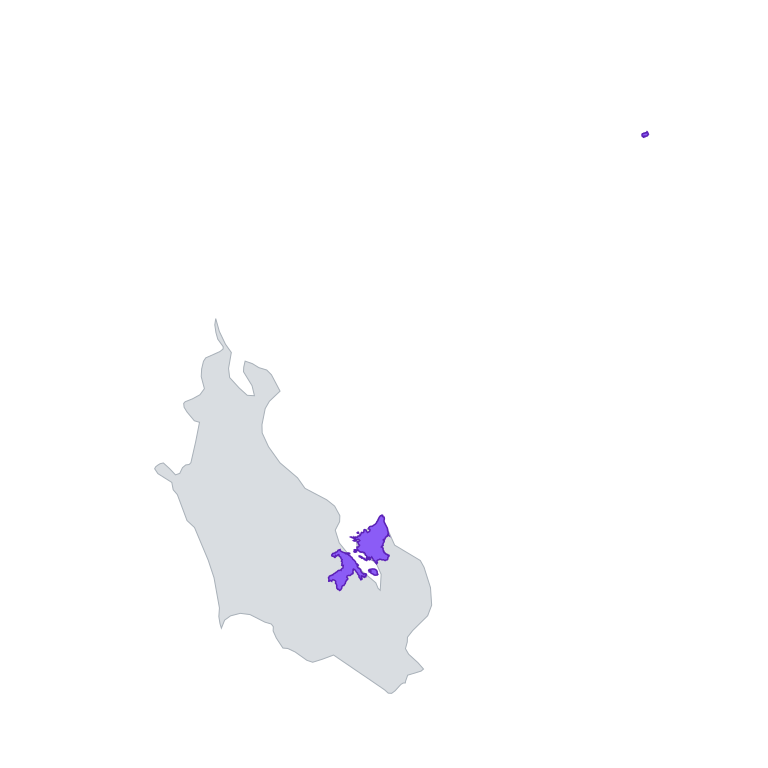 Puntarenas, Puntarenas, Costa Rica shown in context, rotated 192°
{"feature_id": "36466004B9758970649099", "entity_name": "Puntarenas", "entity_type": "district", "adm_level": 2, "iso_a3": "CRI", "parent_name": "Costa Rica", "parent_adm1": "Puntarenas", "projection": "natural_earth1", "projection_center": [-85.046, 7.918], "detail": "fine", "context": "in_parent", "style": "filled", "palette": "violet", "viewbox_px": 768, "rotation_deg": 192, "n_neighbors": 0, "source": "geoboundaries", "source_scale": "gbopen_adm2", "svg_char_len": 7827}
<svg xmlns="http://www.w3.org/2000/svg" viewBox="0 0 768 768"><g transform="rotate(192 384 384)"><path d="M590.7,253.4L590.2,255.4L588.6,257.4L586.4,259.5L583.4,260.9L576.2,256.7L569.1,251.8L565.2,254.1L563.7,260.3L561.1,263.6L557.8,264.8L556.5,266.9L556.2,288.2L556.5,308.2L561.9,308.6L570.8,315.6L574.7,319.7L575.9,323.4L574.8,325.3L568.2,329.7L561.8,335.2L558.7,342.1L564.3,353.2L565.5,360.8L565.3,368.7L563.8,372.5L551.4,381.5L548.7,384.7L549.0,387.0L555.9,393.3L559.1,399.4L561.8,406.7L562.2,413.0L556.0,401.2L547.4,390.0L539.9,383.1L539.3,366.9L536.3,358.2L525.0,350.1L515.4,344.5L508.3,345.6L512.7,354.9L524.0,366.8L524.7,371.4L524.6,377.5L516.8,376.5L509.9,374.0L501.6,373.3L496.0,369.6L484.2,355.4L492.5,343.3L495.1,335.3L494.9,318.8L493.0,310.8L483.9,298.6L469.4,285.3L449.1,274.3L439.6,265.5L415.9,258.8L406.9,254.3L399.8,246.0L398.8,240.1L401.3,230.9L394.7,219.2L366.5,196.3L350.7,187.9L347.3,182.9L344.8,181.4L347.2,197.2L354.1,206.7L372.1,215.6L377.1,220.8L379.1,227.5L368.6,240.4L363.3,243.7L361.7,250.8L358.3,252.9L354.7,248.8L340.1,228.6L311.8,218.9L306.7,213.0L296.2,194.5L291.4,177.6L293.1,166.4L304.7,148.8L308.4,141.2L307.6,136.5L308.0,129.6L303.7,124.8L292.9,118.5L286.1,113.4L288.0,110.9L300.3,104.1L301.1,98.0L301.0,96.0L303.0,95.5L304.8,93.9L305.9,92.2L309.3,86.3L312.2,83.0L315.6,82.5L319.7,84.9L335.2,91.3L352.4,98.3L377.0,108.4L387.2,101.9L395.9,97.0L402.0,97.7L415.2,103.4L423.2,105.3L428.0,104.7L436.5,113.1L441.1,119.4L441.8,123.6L444.4,125.8L451.0,126.3L467.1,130.6L476.9,129.8L485.9,125.3L490.8,119.9L492.3,111.3L494.6,115.5L497.2,122.2L498.4,130.7L510.0,159.2L519.3,175.1L539.5,204.2L548.3,209.5L563.1,232.8L568.2,236.7L571.1,243.6L586.5,249.3L590.7,253.4Z" fill="#d9dde1" stroke="#a8b0b8" stroke-width="1"/><path d="M358.3,210.5L357.9,209.4L356.5,209.3L355.3,207.7L353.9,206.6L353.6,207.3L353.3,207.6L353.4,208.2L354.1,209.0L354.1,209.9L353.4,210.6L352.3,211.1L351.9,211.7L350.3,211.8L349.4,211.5L347.9,212.0L346.2,211.5L345.6,212.2L344.4,212.6L343.9,213.6L344.2,215.3L343.5,216.2L343.3,217.1L343.5,217.4L344.0,217.2L344.7,217.4L344.6,217.6L345.0,217.6L345.1,217.8L345.5,217.7L346.0,218.2L346.8,218.0L347.3,218.5L347.6,218.5L347.9,219.0L348.9,219.1L349.2,220.3L349.7,220.3L349.7,220.7L350.2,221.3L350.8,222.7L350.7,223.2L352.2,223.9L352.3,224.1L352.7,224.1L352.6,224.6L351.9,225.0L352.0,225.7L351.4,225.9L351.7,226.3L351.6,227.3L351.8,227.9L351.4,228.7L351.2,229.5L351.0,229.8L351.3,230.4L351.2,231.2L351.6,231.5L352.1,231.1L352.3,231.7L351.5,232.2L350.9,232.4L350.6,233.7L350.7,234.2L350.2,234.6L350.1,235.2L349.5,235.5L349.4,236.0L349.0,236.0L349.0,237.4L347.6,236.8L348.3,237.8L349.3,240.2L350.1,241.5L350.2,242.3L350.7,243.6L354.6,248.3L355.3,249.3L355.6,250.3L355.6,252.2L356.2,253.8L357.7,254.0L358.0,254.3L358.0,254.7L357.8,254.9L357.9,255.2L358.7,255.4L358.9,255.3L359.1,254.7L360.0,254.5L361.0,252.5L361.7,248.9L362.4,247.6L362.4,246.8L363.4,245.0L365.0,243.5L365.8,242.4L367.2,242.1L368.3,241.5L369.1,240.0L369.2,239.5L368.8,239.0L367.6,238.8L367.3,238.4L367.5,236.8L369.2,235.3L370.5,236.3L370.9,237.1L372.3,237.6L372.9,237.5L373.2,237.2L373.2,236.6L373.0,235.3L373.1,234.7L373.3,234.4L373.9,234.1L374.9,234.3L375.3,233.8L375.4,232.4L376.3,231.3L375.8,230.8L376.6,230.2L377.8,229.9L377.8,229.3L378.3,228.5L379.8,228.5L380.0,227.7L381.1,227.0L381.2,226.6L378.1,226.1L377.8,226.4L377.4,226.3L377.0,226.7L376.5,226.8L375.1,225.8L376.4,224.3L377.4,224.2L377.0,223.5L376.1,223.0L375.9,222.2L374.4,221.3L374.8,220.6L374.8,220.0L375.2,219.3L376.6,218.9L375.9,216.4L375.0,216.3L374.8,216.2L374.9,215.8L373.4,215.3L372.5,214.7L372.0,215.0L371.4,214.6L370.5,215.2L369.3,215.1L368.9,214.9L368.2,215.0L367.0,213.9L366.7,212.9L365.5,212.4L364.2,211.0L363.2,211.2L362.6,211.5L361.8,211.5L361.6,211.3L362.0,211.2L362.0,210.9L361.2,210.8L360.1,211.5L360.0,212.2L359.4,211.7L359.0,210.9L358.3,210.5ZM388.2,176.0L387.5,174.2L386.7,174.0L386.5,173.5L385.6,173.6L384.5,172.8L383.6,173.6L382.9,175.4L383.0,177.4L382.5,178.1L381.3,178.6L381.0,179.8L380.4,180.8L380.4,182.8L380.0,183.4L379.8,184.5L379.2,184.8L378.9,185.5L378.9,186.1L379.4,186.7L380.3,187.3L380.1,188.6L378.9,189.4L377.3,189.6L376.8,190.2L376.4,191.2L375.9,191.3L375.0,192.0L374.9,192.7L375.3,192.8L375.2,193.6L375.6,194.6L375.3,195.2L375.6,195.8L375.5,196.4L376.1,196.7L374.3,196.4L373.3,195.8L372.1,194.5L370.7,193.6L370.4,192.8L368.4,191.3L368.5,190.4L368.2,189.8L366.0,188.2L366.4,187.3L365.1,188.3L365.4,188.6L365.2,189.2L365.4,189.2L365.6,190.3L366.2,190.6L366.2,191.6L365.2,191.6L365.0,191.3L364.4,191.6L363.6,190.9L363.0,191.2L362.7,190.9L362.5,191.1L362.6,191.7L361.8,191.9L362.3,192.6L362.3,193.1L361.6,193.3L361.5,193.9L362.0,194.5L363.3,194.5L363.7,194.3L364.1,193.8L364.5,193.7L364.7,194.1L366.3,194.7L366.4,195.0L367.4,195.7L368.4,197.8L371.3,198.9L372.1,199.8L372.5,201.1L371.7,201.1L371.4,201.4L371.5,201.6L372.6,202.0L372.8,202.4L373.5,202.2L374.4,203.2L375.0,204.3L377.0,205.7L378.1,206.1L378.8,207.1L379.6,207.8L380.6,208.1L381.6,208.9L382.9,209.2L383.7,210.0L384.4,209.9L385.2,210.2L386.3,210.0L387.0,210.4L385.4,210.3L384.9,210.7L382.5,210.8L382.2,210.9L382.3,211.2L383.3,211.4L385.5,210.8L387.0,210.7L389.4,210.9L392.2,211.8L392.5,212.9L394.3,211.9L394.8,210.4L395.6,209.6L396.4,209.4L396.8,208.4L397.4,208.4L398.0,207.9L398.9,207.6L399.2,206.6L399.5,206.4L399.5,205.4L398.9,204.8L397.3,205.0L396.5,204.2L396.2,204.5L395.8,204.3L395.6,204.6L395.8,205.0L395.7,206.2L394.6,205.8L393.6,207.2L393.1,207.2L393.0,207.7L392.7,207.7L392.5,206.9L392.0,206.6L391.9,206.1L390.4,205.7L389.6,204.1L388.4,203.5L388.4,203.2L388.8,202.5L388.8,201.7L388.1,201.4L387.6,200.4L387.9,199.7L387.4,198.4L387.7,198.2L387.7,197.9L386.6,197.5L386.1,197.9L385.9,196.1L386.0,195.3L386.7,194.8L387.3,193.8L387.3,193.0L387.7,193.2L388.5,192.4L389.3,192.4L390.1,191.9L391.1,190.3L391.6,190.1L392.5,188.8L393.3,188.3L394.0,187.4L394.1,186.9L394.8,186.7L395.0,186.2L395.8,185.9L396.2,185.4L396.6,185.4L397.5,184.6L397.7,183.4L398.0,183.2L398.0,182.9L397.1,181.0L397.0,180.6L397.2,180.2L397.0,179.6L396.4,179.8L395.8,180.7L394.1,180.1L394.1,181.0L393.3,182.0L391.2,181.6L390.5,181.2L390.1,180.6L390.0,179.0L389.2,178.5L388.6,177.6L388.2,176.8L388.2,176.0ZM359.3,197.2L358.2,197.0L357.2,196.2L355.0,195.7L353.9,195.1L352.1,195.3L351.3,195.8L351.0,195.7L350.4,196.5L351.4,197.7L351.6,198.9L352.4,200.0L353.5,200.7L354.8,201.0L356.9,200.7L359.8,199.5L360.1,199.1L360.2,198.4L359.4,198.1L358.6,198.6L357.8,198.4L357.9,197.9L358.7,197.8L359.3,197.2ZM181.9,680.2L181.6,679.3L181.4,679.3L181.4,679.8L181.1,680.0L180.2,679.9L180.1,680.1L180.6,680.3L180.7,680.6L178.4,681.1L178.1,681.8L177.7,682.0L177.6,683.0L177.3,683.3L178.7,685.2L179.2,685.5L179.8,684.1L180.3,684.2L180.9,683.9L181.1,683.5L181.9,683.5L182.3,682.9L183.3,682.5L183.5,681.4L183.1,680.3L182.8,680.0L181.9,680.2ZM362.8,210.5L363.8,210.8L365.0,210.6L365.0,210.3L364.3,209.6L363.4,209.3L362.3,209.1L362.4,209.3L361.8,209.7L361.0,209.6L361.5,210.3L361.8,210.3L361.8,209.9L362.0,210.6L362.3,210.8L362.9,210.8L362.8,210.5ZM378.5,213.7L377.8,213.4L376.9,213.6L377.1,213.9L377.5,213.7L377.6,214.0L377.2,214.5L376.0,214.4L376.2,215.3L377.3,216.0L378.3,215.8L378.7,215.4L378.1,214.5L378.5,213.7ZM367.7,209.0L367.5,209.4L368.6,209.5L369.9,210.4L372.0,210.8L372.6,210.5L372.3,210.0L371.6,210.1L371.5,209.8L369.9,209.4L369.7,209.0L369.0,209.2L367.7,209.0ZM366.8,208.2L364.2,207.7L364.0,207.9L364.1,208.2L364.8,208.4L365.1,208.7L367.1,209.0L367.2,208.6L366.8,208.2ZM380.4,224.2L379.4,224.4L379.4,225.0L379.6,225.4L378.7,225.6L378.8,225.8L379.6,225.8L380.5,225.5L380.1,225.0L381.1,224.4L380.4,224.2ZM378.2,232.5L377.7,232.8L378.3,233.7L378.7,233.6L378.7,233.3L379.3,232.9L379.1,232.6L378.2,232.5ZM382.6,227.2L381.4,227.3L381.0,227.8L381.5,228.1L381.5,227.9L382.6,227.5L382.6,227.2ZM384.8,227.4L383.1,227.0L383.1,227.4L384.5,227.6L384.8,227.4Z" fill="#8b5cf6" stroke="#5b21b6" stroke-width="1.5"/></g></svg>